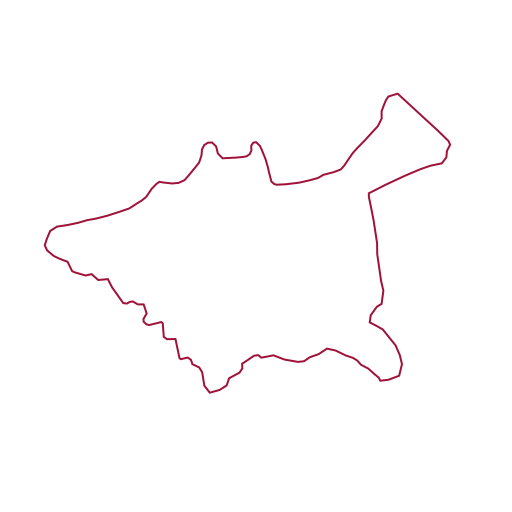 the district of Kananga, Kasaï-Occidental, Democratic Republic of the Congo, rotated 352°
{"feature_id": "63176286B7058717383424", "entity_name": "Kananga", "entity_type": "district", "adm_level": 2, "iso_a3": "COD", "parent_name": "Democratic Republic of the Congo", "parent_adm1": "Kasaï-Occidental", "projection": "albers", "projection_center": [22.453, -5.896], "detail": "fine", "context": "isolated", "style": "outline", "palette": "rose", "viewbox_px": 512, "rotation_deg": 352, "n_neighbors": 0, "source": "geoboundaries", "source_scale": "gbopen_adm2", "svg_char_len": 2506}
<svg xmlns="http://www.w3.org/2000/svg" viewBox="0 0 512 512"><g transform="rotate(352 256 256)"><path d="M48.3,216.0L49.4,219.5L49.8,221.2L52.1,223.8L55.7,227.8L58.1,229.4L61.8,231.8L68.6,235.5L71.8,245.4L73.3,246.4L73.8,246.8L77.7,248.5L78.5,248.9L84.5,251.6L90.7,251.1L96.4,257.8L98.3,257.9L106.1,258.3L109.1,267.0L113.5,275.5L118.0,284.2L121.5,285.1L122.4,284.8L124.7,283.9L126.3,283.9L127.8,283.9L132.2,287.5L138.0,288.3L138.7,292.0L139.7,297.7L135.8,302.7L135.8,302.9L135.6,305.5L138.0,308.4L140.6,309.5L151.4,308.4L153.0,308.2L154.3,309.7L153.4,323.3L156.2,325.9L159.6,326.4L164.7,327.0L165.6,340.4L166.0,346.4L166.1,346.5L167.1,347.7L169.4,347.5L174.3,347.1L176.5,349.2L177.1,349.7L178.0,354.3L184.3,358.5L185.0,360.2L186.5,363.6L186.8,377.2L191.2,384.9L198.2,384.0L201.2,383.6L208.9,380.1L212.4,373.3L218.6,371.0L223.5,369.2L226.1,366.2L226.8,365.5L227.2,361.3L227.2,360.8L233.7,357.7L240.1,354.5L242.3,354.5L244.5,354.5L247.1,357.4L251.9,357.2L259.5,356.8L269.8,362.5L282.8,366.7L288.9,366.9L294.1,364.3L295.3,363.7L304.4,361.9L313.4,357.6L321.7,360.7L330.9,366.9L337.9,370.4L341.7,373.6L344.9,378.4L351.4,383.0L356.3,388.8L360.6,393.6L361.8,396.8L369.9,397.0L381.1,394.5L385.5,383.4L384.6,374.2L381.8,364.0L371.3,346.4L365.9,342.2L359.4,337.6L361.4,330.5L362.4,329.6L367.4,324.3L368.6,323.1L372.5,321.4L373.7,320.9L377.3,308.1L376.4,298.0L376.3,271.1L377.7,260.1L377.4,237.3L376.9,227.7L376.0,212.8L376.5,209.6L394.2,203.5L414.5,197.3L431.0,192.9L441.2,190.9L452.9,190.1L458.2,184.9L459.0,181.5L459.7,178.5L463.7,172.8L462.6,168.9L456.8,161.4L453.0,156.5L441.7,142.8L418.9,115.0L413.5,115.8L409.2,116.5L406.3,119.9L403.7,124.3L400.5,130.2L399.6,137.3L394.8,144.3L387.1,150.6L379.9,156.6L371.7,162.9L366.3,167.4L361.3,172.8L356.0,178.7L352.0,182.1L344.5,183.8L334.0,185.0L328.2,187.4L319.6,188.5L308.6,189.4L295.4,189.1L286.5,188.3L284.1,187.3L281.6,184.4L280.7,176.5L280.3,172.6L280.1,169.5L278.9,161.3L276.6,152.1L275.2,147.5L271.9,143.3L269.0,143.4L266.6,146.2L266.1,150.9L264.0,154.2L260.5,156.0L256.8,156.1L250.3,155.8L243.6,155.2L236.5,154.6L232.5,149.1L231.8,142.0L228.3,137.5L224.2,137.1L220.2,138.9L217.3,143.1L216.1,148.6L212.7,155.5L207.9,160.1L205.9,161.9L201.5,166.0L195.9,170.9L189.5,172.8L183.0,172.5L174.4,170.3L170.6,169.1L167.4,170.8L162.1,174.9L155.5,182.2L153.3,183.5L150.7,185.1L145.9,187.2L137.0,191.3L126.1,193.4L114.5,195.4L102.7,196.7L93.8,197.0L84.2,198.4L73.7,199.1L63.0,199.2L55.7,202.5L51.5,209.5L48.3,216.0Z" fill="none" stroke="#9f1239" stroke-width="2"/></g></svg>